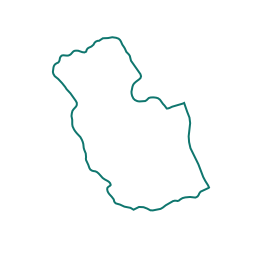 the border of Yamagata, rotated 139°
{"feature_id": "JPN-1868", "entity_name": "Yamagata", "entity_type": "Prefecture", "adm_level": 1, "iso_a3": "JPN", "parent_name": "Japan", "parent_adm1": "", "projection": "albers", "projection_center": [140.093, 38.419], "detail": "fine", "context": "isolated", "style": "outline", "palette": "teal", "viewbox_px": 256, "rotation_deg": 139, "n_neighbors": 0, "source": "natural_earth", "source_scale": "10m", "svg_char_len": 2286}
<svg xmlns="http://www.w3.org/2000/svg" viewBox="0 0 256 256"><g transform="rotate(139 128 128)"><path d="M69.2,110.1L72.7,101.4L74.8,95.5L77.9,90.9L87.7,81.9L91.2,77.2L94.1,71.8L98.7,54.4L103.4,41.6L104.4,37.3L105.2,32.2L105.9,29.9L106.0,29.9L106.5,29.9L114.9,32.3L116.1,32.1L117.3,31.8L118.4,31.2L120.3,30.7L121.6,30.9L122.8,31.3L126.5,35.3L130.4,38.1L132.8,39.3L135.4,39.8L137.0,39.8L138.4,40.3L139.2,41.3L140.3,42.4L142.0,43.3L150.2,44.9L154.0,45.1L156.5,45.6L163.3,49.5L165.1,51.2L166.4,54.6L168.2,58.0L171.5,61.2L177.4,62.7L178.5,66.1L182.3,71.0L184.3,75.5L186.6,79.0L186.8,80.4L186.6,81.6L185.8,83.1L185.6,83.7L185.4,86.8L185.5,90.2L185.3,92.2L184.8,93.9L183.9,95.4L182.9,96.3L181.4,96.5L179.7,96.2L178.4,96.4L177.7,98.0L177.7,99.7L178.1,101.3L179.3,104.5L179.9,106.9L180.0,113.0L180.4,115.3L181.2,116.9L182.2,118.0L183.1,119.3L183.7,121.3L183.4,123.1L182.1,126.4L180.7,131.3L179.9,132.5L178.8,133.5L176.6,136.5L175.4,140.0L174.5,142.0L172.2,145.3L171.3,147.2L170.6,149.2L169.9,152.4L170.1,157.6L170.0,160.1L169.7,162.3L168.8,165.5L167.7,167.3L164.7,170.8L162.8,174.1L160.8,175.9L158.8,177.3L157.1,177.8L153.0,178.3L151.5,179.0L150.1,180.6L149.6,182.8L148.7,192.0L148.9,197.5L148.5,200.2L148.3,205.0L148.5,210.8L149.3,215.2L148.8,217.9L147.9,219.6L144.5,222.6L143.6,223.2L142.7,223.6L141.4,223.9L140.2,223.8L139.1,223.6L138.0,223.2L136.8,223.3L135.4,223.9L133.4,225.5L131.9,226.1L130.4,226.1L129.2,225.4L126.8,222.9L125.6,221.9L124.3,221.4L122.8,221.2L119.6,221.6L118.7,221.6L117.7,221.3L116.5,220.5L114.9,219.0L112.7,215.2L111.3,213.6L109.5,213.1L108.1,214.0L106.5,214.5L105.2,214.4L102.1,213.5L99.4,213.5L97.2,214.3L95.5,214.3L93.9,213.8L92.6,212.8L88.1,212.2L84.1,209.0L80.3,206.8L77.8,203.9L76.5,201.6L76.3,199.6L76.6,197.9L77.6,194.6L78.0,191.2L78.3,189.8L79.2,186.9L79.3,186.7L79.1,182.8L79.4,181.1L81.6,176.8L83.3,160.5L84.2,158.5L85.8,157.5L87.4,157.4L91.8,157.7L94.3,157.6L96.0,157.1L97.6,156.2L101.6,153.1L102.8,151.5L103.8,149.6L104.6,146.7L104.4,144.6L103.6,142.7L102.9,141.6L101.9,140.5L97.4,137.1L95.8,136.8L92.7,137.0L91.1,136.3L89.5,135.1L88.1,133.8L86.8,132.3L85.8,130.7L85.3,128.4L85.8,123.3L85.7,121.1L85.8,119.6L85.9,118.4L86.0,117.3L85.1,116.6L83.6,115.9L80.7,115.1L70.7,110.5L69.2,110.1L69.2,110.1Z" fill="none" stroke="#0f766e" stroke-width="2"/></g></svg>